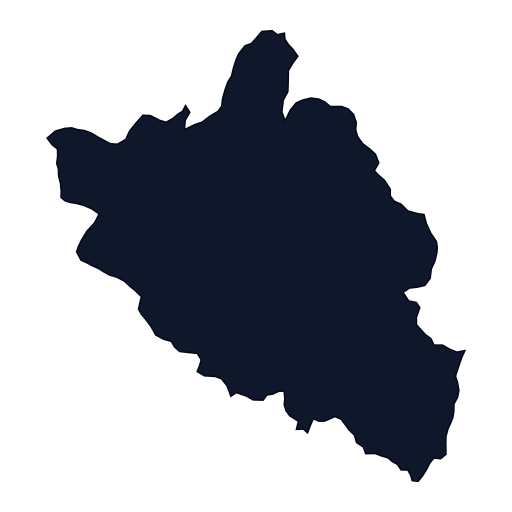 Altair, São Paulo, Brazil
{"feature_id": "56859067B81841390348635", "entity_name": "Altair", "entity_type": "district", "adm_level": 2, "iso_a3": "BRA", "parent_name": "Brazil", "parent_adm1": "São Paulo", "projection": "mercator", "projection_center": [-49.094, -20.533], "detail": "fine", "context": "isolated", "style": "filled", "palette": "ink", "viewbox_px": 512, "rotation_deg": 0, "n_neighbors": 0, "source": "geoboundaries", "source_scale": "gbopen_adm2", "svg_char_len": 2655}
<svg xmlns="http://www.w3.org/2000/svg" viewBox="0 0 512 512"><path d="M284.4,33.1L277.3,34.7L272.2,30.7L261.9,31.4L255.4,39.0L251.4,43.5L245.1,45.7L238.8,53.6L235.8,60.5L233.5,67.8L231.5,76.1L227.7,82.2L224.9,90.3L222.6,98.5L221.7,106.2L218.0,111.3L209.8,116.2L202.0,122.2L195.2,124.4L184.4,129.6L185.3,120.2L189.8,112.3L185.5,105.6L182.5,111.3L177.8,114.2L172.5,118.7L166.1,122.2L159.8,120.4L150.5,115.6L143.0,115.2L135.6,123.5L129.7,130.9L125.7,139.4L117.4,144.2L110.3,143.7L98.4,137.3L90.6,132.7L84.3,130.5L77.5,129.6L71.7,127.8L64.6,128.4L55.3,131.1L47.1,138.1L52.2,144.9L57.5,149.0L57.6,156.4L56.7,163.4L58.4,168.9L58.6,175.9L60.4,183.2L61.2,190.8L61.0,197.4L65.0,200.8L70.1,202.4L75.9,203.3L83.5,205.3L91.5,208.7L99.2,213.9L94.6,222.8L86.8,231.3L81.5,240.1L78.3,246.7L76.6,251.9L81.0,260.1L87.0,262.9L92.6,265.9L98.1,268.3L104.0,272.0L109.7,275.1L116.8,277.2L124.3,281.1L129.9,286.3L135.2,290.6L141.4,296.7L139.9,302.8L138.5,309.1L141.4,314.3L145.4,319.0L150.8,326.2L155.8,335.1L164.1,339.4L171.4,341.4L174.4,346.8L179.6,351.5L187.5,352.4L197.2,353.4L201.2,359.8L199.6,365.5L197.2,371.6L204.4,375.8L215.5,376.5L221.5,378.9L226.9,385.6L230.9,396.3L236.3,392.6L246.2,396.0L253.1,399.9L263.1,400.2L267.0,395.0L272.8,394.1L278.8,391.3L284.1,391.1L284.8,398.7L284.2,404.9L286.1,410.8L289.7,415.8L298.4,421.2L296.4,429.4L303.5,429.1L307.5,432.9L310.3,425.7L313.3,418.7L318.9,421.2L324.1,421.2L329.0,419.3L334.9,416.6L341.0,419.1L346.0,425.7L349.2,430.1L354.5,435.2L356.5,442.5L363.4,447.1L365.7,453.7L375.1,453.5L381.6,456.0L387.9,457.8L392.5,461.7L397.4,464.4L401.1,469.9L407.8,470.0L410.7,475.3L412.2,480.7L418.2,481.3L422.4,476.1L426.7,469.3L429.8,463.0L434.0,458.1L440.7,458.7L446.0,454.3L445.8,444.4L446.0,436.4L448.1,428.5L450.7,423.0L452.9,417.3L453.8,411.5L454.0,403.9L457.5,397.5L458.9,390.5L457.5,382.3L455.5,376.1L459.5,364.0L461.5,358.1L464.9,350.6L456.9,352.1L449.3,349.0L442.6,345.1L434.0,345.1L430.9,338.6L425.5,334.7L416.5,324.8L416.4,317.4L419.8,307.7L416.4,302.5L408.7,300.9L403.1,292.4L409.3,288.1L417.3,287.2L424.9,285.4L430.2,278.2L431.3,269.0L434.9,261.1L436.9,252.9L437.3,247.3L436.4,241.5L430.9,233.4L426.4,223.6L424.0,214.5L417.6,213.6L407.8,210.9L401.1,204.2L394.2,201.1L390.3,196.0L390.3,189.2L384.3,180.1L378.3,174.9L374.3,170.7L378.8,162.8L375.4,154.2L370.2,149.4L362.6,143.6L357.7,136.7L355.7,129.9L356.3,122.6L353.7,114.6L348.1,108.9L341.7,106.5L330.3,106.5L324.9,102.0L319.0,99.1L311.0,98.0L302.4,100.1L296.2,102.9L290.4,109.9L285.1,120.8L281.9,112.0L283.3,100.1L287.9,91.6L288.2,82.2L288.4,70.5L293.5,62.1L297.9,56.3L292.7,49.0L288.4,44.5L285.0,39.3L284.4,33.1Z" fill="#0f172a" stroke="#020617" stroke-width="1.5"/></svg>